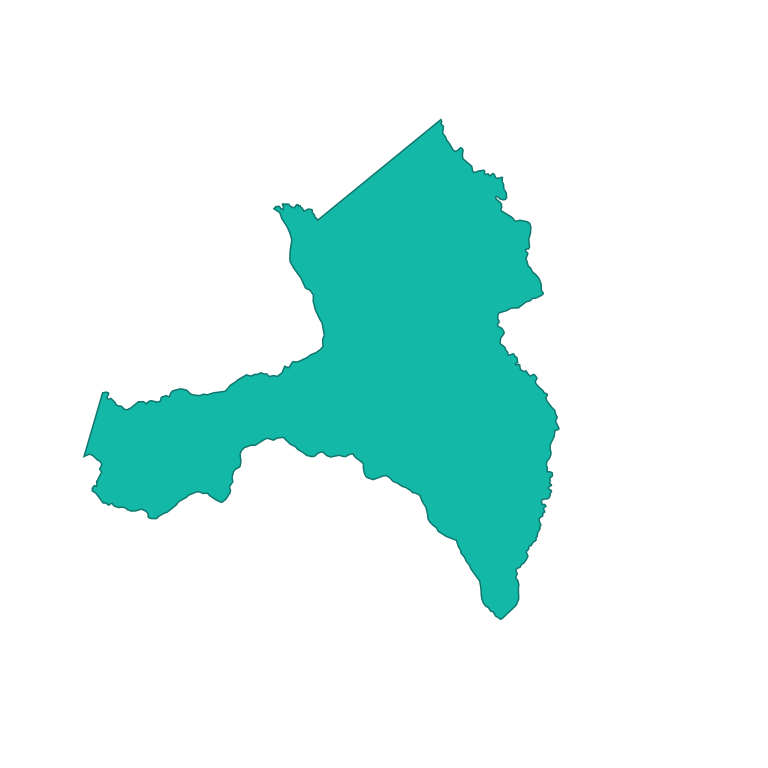 the district of San Francisco, Antioquia, Colombia, rotated 303°
{"feature_id": "7082276B5434508812128", "entity_name": "San Francisco", "entity_type": "district", "adm_level": 2, "iso_a3": "COL", "parent_name": "Colombia", "parent_adm1": "Antioquia", "projection": "mercator", "projection_center": [-74.988, 5.874], "detail": "fine", "context": "isolated", "style": "filled", "palette": "teal", "viewbox_px": 768, "rotation_deg": 303, "n_neighbors": 0, "source": "geoboundaries", "source_scale": "gbopen_adm2", "svg_char_len": 6171}
<svg xmlns="http://www.w3.org/2000/svg" viewBox="0 0 768 768"><g transform="rotate(303 384 384)"><path d="M636.8,287.7L485.3,239.2L486.3,236.6L486.3,235.1L487.8,233.7L488.9,230.2L490.6,229.3L491.0,228.5L489.4,225.1L485.3,222.9L487.0,219.4L486.9,217.8L487.8,216.7L486.6,215.5L487.5,214.5L487.4,213.8L486.3,213.0L483.2,212.8L482.6,212.2L482.0,208.5L482.9,206.2L481.7,203.8L480.2,203.3L480.5,201.8L480.2,201.1L479.1,201.2L477.5,203.5L475.1,204.3L475.2,203.0L474.7,202.4L475.6,200.6L475.8,198.8L474.1,197.5L474.0,196.7L471.0,196.2L471.0,203.2L467.0,208.3L463.0,217.3L459.5,222.6L455.9,226.9L453.9,228.6L444.5,232.8L437.8,236.8L435.4,238.8L431.9,245.4L427.9,256.2L422.0,265.4L421.7,266.6L422.4,270.9L420.2,276.3L414.8,279.6L408.9,285.9L403.5,294.7L401.5,298.8L392.5,307.3L387.7,308.4L382.2,312.4L378.3,311.9L373.2,309.9L368.9,306.8L363.8,304.8L355.7,299.7L354.5,298.3L353.6,296.0L352.3,295.2L347.2,295.4L345.6,295.0L344.8,291.1L338.0,292.4L332.8,290.6L331.9,289.7L330.9,286.8L328.1,284.0L327.7,282.4L328.5,281.1L328.4,279.7L327.1,278.1L326.3,274.5L323.1,272.7L321.6,270.3L318.7,268.6L317.7,267.0L316.8,263.7L307.9,259.2L305.4,258.6L299.5,255.9L292.6,255.1L291.0,254.3L283.8,245.9L278.7,241.7L277.0,238.0L274.6,236.4L273.6,235.2L271.5,231.2L270.3,227.8L271.3,221.6L269.3,216.2L263.2,210.5L260.7,210.1L256.5,210.8L256.0,210.5L255.7,207.8L252.2,204.8L251.0,204.7L248.1,205.6L246.5,205.1L245.3,203.5L243.1,197.7L241.2,196.1L238.1,195.5L238.2,191.9L235.3,187.7L226.0,184.7L222.3,182.5L221.4,179.8L222.3,176.1L220.8,172.6L220.5,171.0L222.0,168.6L223.2,163.1L222.9,162.4L221.2,161.7L220.9,160.1L222.3,159.0L225.8,158.4L226.5,157.5L225.8,155.4L223.4,152.8L159.8,171.9L164.0,174.5L165.2,176.5L165.3,179.5L164.2,185.0L164.6,186.8L163.8,189.9L161.4,191.8L158.7,191.5L157.8,191.9L156.3,195.2L148.6,195.9L147.5,196.3L145.9,196.0L141.9,199.0L141.5,198.7L141.5,197.1L140.8,196.4L137.6,196.1L137.4,196.9L135.5,197.4L135.5,202.0L131.2,213.2L132.7,215.7L132.4,219.0L135.0,220.2L135.9,221.2L134.8,223.2L134.9,225.3L136.1,229.2L137.8,230.9L139.2,234.1L138.9,237.6L139.8,241.3L142.3,244.8L146.5,248.3L147.2,249.9L147.6,253.8L147.3,255.6L146.8,256.6L144.0,258.7L143.7,259.7L144.2,261.7L146.3,265.2L147.4,266.6L150.3,267.1L156.0,270.0L158.4,272.0L168.9,275.5L173.5,275.9L181.4,280.0L184.2,280.6L191.4,285.5L193.1,288.2L193.6,291.7L196.3,295.6L195.4,298.6L195.3,305.9L195.9,311.0L196.7,312.6L201.1,314.1L209.1,314.1L211.1,313.2L213.2,310.7L214.8,310.3L219.6,310.5L222.8,307.5L228.5,305.5L231.7,305.9L235.7,308.1L236.6,308.1L241.1,306.2L246.6,301.6L250.3,300.7L254.5,301.5L260.0,305.6L262.6,309.4L272.4,313.9L275.0,315.7L276.7,321.9L280.4,323.8L284.4,328.6L282.5,338.2L283.2,343.7L282.1,347.5L282.5,353.0L282.0,358.0L283.8,363.1L285.6,365.1L290.1,366.4L293.2,368.8L293.5,370.6L292.8,375.2L293.7,379.0L299.8,385.2L301.3,390.0L302.2,391.3L306.6,393.7L308.4,395.8L306.9,399.9L306.3,408.3L305.7,410.4L302.8,412.0L299.0,415.5L296.7,419.0L296.4,420.9L297.9,427.0L307.0,433.8L308.4,436.0L308.6,439.6L307.3,444.6L308.2,449.3L308.0,454.9L309.1,458.5L309.1,464.5L308.5,467.5L309.6,469.3L310.2,474.5L306.4,479.9L303.3,486.5L298.7,491.3L294.8,494.5L293.2,497.6L292.1,503.0L292.1,506.0L290.0,509.7L290.1,519.3L292.3,529.8L287.9,535.3L286.3,538.8L284.1,540.7L282.6,545.8L280.2,549.5L278.6,554.2L276.2,557.7L270.9,571.5L266.0,576.1L258.8,581.5L256.6,583.6L254.2,587.1L253.1,590.4L253.4,593.3L251.7,596.8L252.3,599.9L250.1,604.0L250.4,607.4L250.0,609.6L251.4,610.8L269.8,615.2L271.9,615.2L277.4,613.9L285.3,608.3L288.9,606.5L292.0,603.4L292.9,600.4L295.2,599.3L297.3,599.3L299.4,596.1L300.7,595.9L302.3,596.3L304.2,597.9L307.1,597.6L310.3,598.8L313.3,599.0L317.9,598.6L320.4,595.0L322.1,594.7L323.7,595.2L325.3,594.9L326.1,594.0L327.5,594.2L328.6,595.5L330.0,595.0L330.9,595.5L332.5,595.0L334.0,596.1L336.0,596.6L337.9,595.2L339.7,595.5L342.5,594.0L347.6,593.7L348.4,592.5L349.5,592.8L351.4,592.2L353.2,589.3L355.2,587.6L357.1,587.7L359.9,589.0L361.8,587.6L364.3,588.5L366.3,585.7L367.9,585.6L369.6,586.5L370.6,584.5L369.1,582.0L371.8,579.7L373.2,579.7L374.1,580.3L376.5,583.4L378.5,584.5L381.6,583.8L382.8,582.9L385.0,583.1L385.8,582.3L385.7,579.3L386.3,578.5L387.6,578.3L390.1,579.7L390.7,579.2L390.8,577.0L393.7,576.0L395.0,574.3L398.4,575.3L400.9,573.8L401.2,572.9L400.4,570.1L399.3,568.5L399.8,568.0L402.2,567.1L404.6,564.2L407.6,562.8L411.8,563.2L416.0,562.3L417.9,561.0L420.1,558.6L424.0,556.4L432.2,555.4L437.8,552.9L438.6,553.0L440.6,555.0L441.9,555.1L446.2,548.1L450.4,547.4L452.1,544.6L454.9,541.6L455.9,537.0L458.7,529.3L461.0,527.1L463.5,527.2L464.3,526.4L464.4,525.2L463.7,523.3L465.0,521.0L466.0,514.6L467.3,510.6L468.9,509.4L471.9,509.3L472.7,508.3L473.6,505.9L473.6,504.3L470.3,502.3L470.5,500.3L472.3,495.8L470.7,494.9L470.4,491.0L471.5,489.4L473.8,487.6L473.7,486.2L471.9,484.5L472.0,483.5L472.8,483.3L474.9,484.4L478.6,481.0L478.4,479.0L479.8,476.5L479.7,475.8L476.2,473.2L475.9,472.3L478.0,470.4L478.7,467.9L480.7,465.2L481.1,459.4L485.9,456.8L491.5,457.2L492.9,456.5L494.9,452.7L494.4,448.0L495.8,446.8L498.7,446.8L499.5,446.1L500.7,443.8L503.4,442.2L505.3,441.6L506.5,441.9L512.1,446.7L516.9,449.4L521.0,455.2L530.2,458.4L533.6,461.3L536.8,461.9L538.2,464.2L543.5,467.5L545.6,468.4L546.9,468.1L548.3,464.8L553.3,461.5L556.8,456.7L558.1,452.9L559.1,446.7L561.0,444.1L561.6,440.6L565.5,436.2L565.7,434.9L571.7,433.7L573.3,429.4L574.5,429.6L576.0,431.7L578.3,431.3L584.5,426.4L590.0,424.8L595.8,421.6L598.2,418.4L598.0,415.5L595.4,408.8L593.1,406.9L592.0,404.9L593.0,402.6L593.5,399.8L593.1,387.8L593.8,387.1L596.5,386.4L598.9,384.4L599.7,382.3L600.1,377.5L601.5,375.8L602.2,375.8L603.0,376.8L602.4,380.6L603.4,383.7L604.8,385.2L606.9,385.4L611.0,382.3L612.8,378.4L616.4,375.6L618.3,372.7L621.6,370.9L621.4,369.9L619.8,369.0L617.8,366.3L617.9,365.0L619.9,362.3L619.9,361.0L618.9,360.2L616.5,359.7L616.2,358.7L617.0,356.7L614.9,355.1L615.0,354.0L617.4,352.5L617.6,351.2L613.3,346.6L611.0,345.3L610.5,343.4L611.2,342.0L614.4,339.0L615.9,327.5L619.2,324.7L622.9,323.2L624.1,321.5L623.8,319.5L619.5,318.4L618.3,317.4L617.7,316.0L617.9,314.5L621.2,308.1L622.7,303.8L624.5,301.4L626.4,296.5L632.4,293.6L633.2,290.1L635.6,289.5L636.8,287.7Z" fill="#14b8a6" stroke="#0f766e" stroke-width="1.5"/></g></svg>